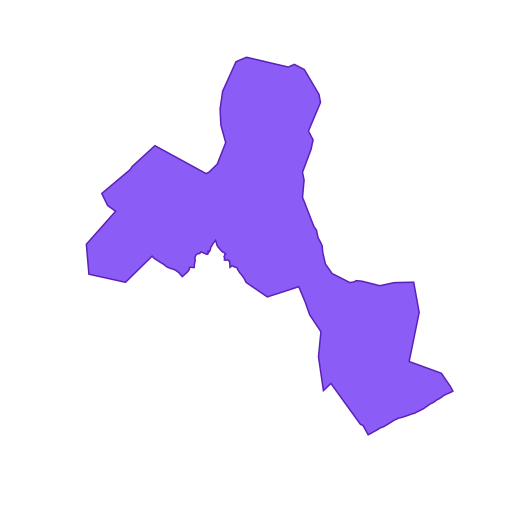 Ifelodun, Osun, Nigeria (Albers equal-area conic projection), rotated 79°
{"feature_id": "59680162B54301811333050", "entity_name": "Ifelodun", "entity_type": "district", "adm_level": 2, "iso_a3": "NGA", "parent_name": "Nigeria", "parent_adm1": "Osun", "projection": "albers", "projection_center": [4.686, 7.929], "detail": "fine", "context": "isolated", "style": "filled", "palette": "violet", "viewbox_px": 512, "rotation_deg": 79, "n_neighbors": 0, "source": "geoboundaries", "source_scale": "gbopen_adm2", "svg_char_len": 2172}
<svg xmlns="http://www.w3.org/2000/svg" viewBox="0 0 512 512"><g transform="rotate(79 256 256)"><path d="M256.9,389.1L236.3,358.0L238.8,356.5L243.3,351.8L246.8,348.0L249.6,345.7L252.4,341.5L252.9,340.0L255.2,337.1L257.8,334.8L262.2,332.3L258.8,326.6L256.8,324.3L254.5,323.3L254.7,321.7L255.6,319.2L255.0,318.6L253.7,318.5L248.1,316.3L246.7,316.7L243.9,315.0L242.6,313.1L242.9,311.1L241.5,309.1L244.9,304.2L245.1,303.5L244.9,303.0L244.3,302.4L242.2,302.3L242.1,301.9L242.9,301.0L241.2,299.6L239.4,299.0L238.4,298.3L236.3,296.4L235.0,295.2L232.9,292.7L235.9,292.4L237.9,292.3L239.5,291.7L241.8,290.5L243.2,289.7L245.4,288.3L246.4,287.0L247.1,286.1L248.2,285.5L248.2,286.0L249.6,286.8L250.5,287.5L251.9,287.3L252.9,287.4L253.9,287.8L254.4,286.5L254.5,285.6L254.4,284.3L255.1,283.8L255.7,283.6L256.0,282.9L258.3,283.2L262.2,283.7L261.6,282.5L261.0,281.3L261.7,280.2L262.6,279.4L262.8,278.5L264.1,276.8L265.7,276.6L269.9,274.9L271.1,274.1L275.3,272.1L280.1,270.7L284.4,266.5L298.3,252.7L294.3,219.9L310.6,216.5L324.1,214.5L342.7,206.7L366.8,213.9L401.0,215.5L395.4,206.8L441.2,185.6L442.7,183.3L452.9,180.0L451.9,176.7L450.6,172.9L449.9,170.4L448.6,167.3L447.9,163.3L446.6,159.6L445.5,156.7L444.6,154.3L443.7,152.3L443.2,150.3L442.3,146.5L442.3,144.7L441.9,140.3L441.2,135.6L440.7,132.9L440.7,130.5L439.9,128.3L439.4,126.1L438.7,123.7L437.8,120.6L436.7,118.1L435.4,115.2L434.4,113.1L433.9,110.8L432.8,108.0L431.9,106.4L431.2,103.8L430.1,101.0L429.0,98.9L428.4,97.1L427.9,95.4L427.7,94.1L427.0,90.9L426.2,88.5L420.6,90.3L406.5,96.4L388.8,125.8L342.6,106.6L311.8,106.2L308.5,125.4L308.8,140.1L300.9,156.9L299.3,162.3L300.1,164.6L300.0,168.9L287.8,184.6L277.0,189.4L265.0,189.8L259.0,189.1L256.6,189.5L249.9,191.6L242.1,191.7L238.6,193.4L231.7,194.7L208.9,198.8L207.5,199.2L190.6,194.3L182.7,194.4L162.0,181.7L152.9,177.8L143.4,180.7L117.6,163.4L109.5,163.3L82.2,173.0L75.2,181.8L76.7,188.2L59.1,227.4L61.4,238.5L87.9,257.3L104.8,263.2L120.7,265.5L138.9,264.1L158.4,276.5L164.6,285.9L165.6,289.2L165.5,289.4L128.4,334.2L144.6,360.6L147.1,362.9L165.2,395.5L178.2,392.0L185.3,385.3L212.1,420.3L242.0,423.5L256.9,389.1Z" fill="#8b5cf6" stroke="#5b21b6" stroke-width="1.5"/></g></svg>